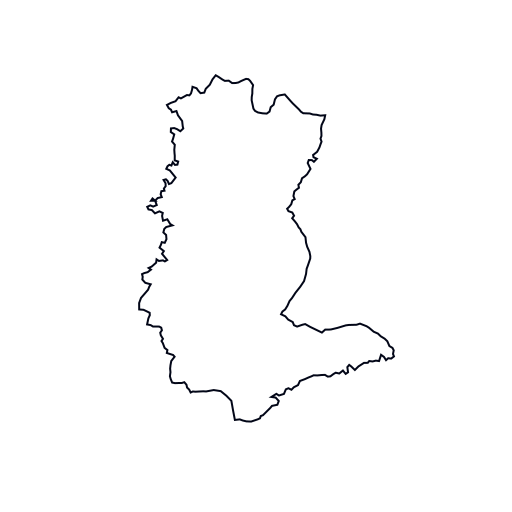 outline of Buriti Alegre, Goiás, Brazil, rotated 224°
{"feature_id": "56859067B76580178094569", "entity_name": "Buriti Alegre", "entity_type": "district", "adm_level": 2, "iso_a3": "BRA", "parent_name": "Brazil", "parent_adm1": "Goiás", "projection": "mercator", "projection_center": [-49.002, -18.136], "detail": "fine", "context": "isolated", "style": "outline", "palette": "ink", "viewbox_px": 512, "rotation_deg": 224, "n_neighbors": 0, "source": "geoboundaries", "source_scale": "gbopen_adm2", "svg_char_len": 4270}
<svg xmlns="http://www.w3.org/2000/svg" viewBox="0 0 512 512"><g transform="rotate(224 256 256)"><path d="M338.8,391.5L347.5,392.2L350.6,388.0L351.8,385.5L351.2,381.9L348.4,377.1L348.8,373.3L346.6,369.3L347.2,365.9L350.4,363.2L354.3,360.6L357.5,359.7L360.2,360.2L367.3,365.0L369.5,367.4L371.5,370.3L374.7,373.7L376.8,376.9L381.9,377.9L384.3,377.9L386.2,376.5L387.5,373.4L388.4,371.1L389.2,368.6L390.8,366.3L393.3,363.8L397.4,363.2L400.1,360.3L402.8,359.6L407.4,358.8L410.5,358.0L410.0,352.9L408.2,347.1L408.3,341.4L406.7,337.6L409.0,334.6L412.3,334.8L415.3,335.4L419.2,333.6L417.5,331.2L415.7,327.8L415.5,325.3L417.5,323.8L419.5,317.2L421.9,316.4L421.4,311.4L423.6,307.0L425.0,302.8L421.4,301.7L418.8,302.2L416.2,301.1L413.9,305.0L409.9,303.0L405.9,302.3L402.9,301.8L398.8,298.4L396.9,297.2L397.1,293.2L400.9,292.4L403.7,291.2L405.8,288.7L403.4,286.0L399.3,286.7L397.1,282.7L395.9,280.0L391.7,279.6L388.6,275.7L386.1,273.4L384.1,271.7L380.9,268.3L377.6,269.9L376.0,267.1L377.6,265.2L381.0,265.6L379.7,262.3L381.7,261.4L382.0,259.1L381.1,256.4L377.4,257.7L368.3,256.6L367.5,249.6L368.6,247.3L371.7,248.6L374.1,248.6L375.3,246.5L371.6,245.5L369.5,243.5L369.1,240.5L367.2,239.4L369.1,236.9L367.5,234.2L364.7,232.9L367.0,229.4L367.0,225.7L362.8,223.7L364.3,220.1L367.2,219.0L368.4,215.8L365.7,214.8L362.8,216.7L358.3,216.5L356.5,221.0L353.0,222.2L351.4,219.6L347.4,216.8L345.3,220.8L339.9,219.4L337.4,220.0L340.7,214.5L340.8,211.8L339.0,208.6L335.3,208.7L332.1,205.9L330.8,202.1L333.4,200.5L332.2,198.1L331.2,195.0L325.7,195.5L325.1,192.3L317.1,191.4L317.8,188.8L319.9,188.2L322.4,185.0L325.2,184.5L323.2,181.8L323.7,175.9L324.9,172.8L322.1,173.2L322.7,169.1L324.5,166.1L325.4,163.8L323.0,162.3L321.4,160.1L317.0,159.8L312.1,162.5L311.4,159.6L310.2,156.8L309.6,146.0L307.4,141.0L302.9,136.4L299.5,139.2L293.1,141.3L291.3,139.7L290.1,136.4L286.8,131.1L283.8,133.1L281.1,133.7L276.6,138.0L274.4,138.6L272.1,137.2L271.6,134.3L269.3,132.8L265.4,131.8L264.9,129.2L262.5,128.6L257.9,126.4L254.4,126.8L252.8,124.3L250.3,125.5L246.9,127.2L244.6,127.0L244.0,121.6L241.7,118.1L239.5,115.3L236.8,113.0L234.4,109.7L232.0,108.3L228.4,106.7L225.9,108.3L223.9,110.4L221.1,113.2L219.9,115.4L216.6,115.1L214.2,113.5L211.3,113.5L208.2,112.4L207.3,114.7L205.4,116.2L200.0,122.0L197.8,123.9L193.3,130.2L187.5,134.3L180.3,134.9L173.1,134.7L165.4,129.1L157.3,123.4L154.2,127.2L151.2,128.5L148.0,130.4L144.5,133.5L141.3,139.7L140.4,142.0L141.4,144.2L140.4,146.3L140.2,156.7L140.4,159.3L137.3,163.8L138.9,167.5L143.5,167.8L147.0,165.3L145.6,171.0L142.6,171.6L140.1,176.2L141.9,180.8L140.8,183.4L137.6,184.4L137.6,187.9L136.1,192.3L137.6,196.6L135.3,201.4L133.8,205.2L132.6,207.8L131.7,210.2L128.9,212.7L126.1,216.0L123.8,218.4L120.6,219.1L118.9,221.1L118.3,224.9L117.6,227.4L114.5,229.3L113.9,234.0L109.6,233.5L109.0,236.3L113.1,239.5L113.3,242.4L110.9,242.7L105.7,242.7L105.6,247.8L104.7,251.5L104.1,254.1L101.4,256.8L101.6,259.1L98.9,261.1L97.1,264.0L94.5,265.9L97.4,271.8L93.8,272.3L90.1,271.4L89.9,274.3L87.5,276.1L87.0,279.6L89.4,280.7L91.4,283.8L94.0,284.7L97.5,283.9L102.3,285.9L106.0,285.9L110.5,284.9L114.4,284.9L118.7,283.3L124.8,282.9L127.7,282.3L134.2,279.6L135.9,276.4L141.3,270.9L143.2,268.5L147.5,260.8L151.0,255.3L152.6,253.5L155.1,251.1L155.4,246.7L167.9,242.6L173.3,241.2L174.8,238.9L177.4,233.8L180.6,232.6L183.7,234.0L188.7,232.6L193.0,233.0L197.5,231.5L198.4,234.4L197.9,237.8L198.8,242.0L200.6,246.9L200.9,250.8L202.1,257.1L202.8,264.5L204.0,271.3L207.5,277.8L210.7,282.0L212.1,285.2L215.2,291.8L216.8,293.6L220.4,296.1L225.6,298.2L229.2,300.3L233.5,303.9L240.2,304.9L242.7,306.1L245.1,306.2L248.6,307.4L251.9,307.9L256.2,308.3L256.6,311.4L260.1,312.5L263.8,310.8L266.4,311.6L266.3,314.3L266.6,317.7L268.5,321.3L267.7,323.8L270.7,325.1L273.3,329.1L273.0,331.9L272.5,334.9L275.0,336.7L275.0,340.2L276.9,343.9L276.2,347.2L276.0,350.2L277.3,356.5L283.4,358.8L284.7,361.7L282.4,363.8L279.8,364.0L279.8,368.2L283.2,367.0L285.1,368.3L284.4,373.4L285.8,378.2L287.2,381.2L288.3,383.8L291.1,385.2L292.3,387.8L294.6,390.1L297.7,392.8L299.8,395.8L301.8,401.8L304.0,405.3L307.2,401.7L310.5,399.7L313.4,397.3L316.3,395.9L321.2,391.5L323.9,391.0L327.0,391.3L335.6,391.3L338.8,391.5ZM367.0,225.7L370.4,225.5L369.9,222.8L367.0,225.7Z" fill="none" stroke="#020617" stroke-width="2"/></g></svg>